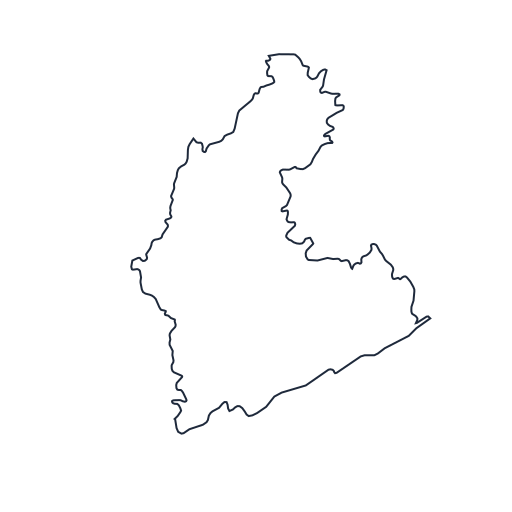 SVG path tracing the border of Rivne, rotated 144°
{"feature_id": "UKR-286", "entity_name": "Rivne", "entity_type": "Region", "adm_level": 1, "iso_a3": "UKR", "parent_name": "Ukraine", "parent_adm1": "", "projection": "natural_earth1", "projection_center": [26.178, 50.971], "detail": "fine", "context": "isolated", "style": "outline", "palette": "slate", "viewbox_px": 512, "rotation_deg": 144, "n_neighbors": 0, "source": "natural_earth", "source_scale": "10m", "svg_char_len": 6147}
<svg xmlns="http://www.w3.org/2000/svg" viewBox="0 0 512 512"><g transform="rotate(144 256 256)"><path d="M151.7,103.1L168.7,103.3L179.3,101.6L206.0,105.7L214.7,105.5L218.5,106.1L226.6,111.9L230.3,113.2L259.4,114.1L260.9,114.7L261.0,115.9L260.6,117.4L260.9,118.9L262.4,120.6L264.2,121.4L291.8,122.0L315.5,130.4L323.8,131.5L336.4,128.0L347.5,128.3L352.6,129.2L356.0,130.8L356.8,133.3L356.5,136.7L356.5,141.0L357.5,144.1L359.3,145.5L361.8,145.8L364.9,145.4L368.6,146.2L368.2,149.0L366.4,152.4L365.7,155.1L367.4,156.4L370.1,156.2L375.1,154.9L382.5,155.9L385.1,155.7L387.9,154.6L391.3,151.6L393.7,150.6L398.1,150.7L411.7,155.0L418.7,155.2L420.7,156.1L422.3,159.5L421.4,163.5L417.3,171.6L417.5,172.0L413.4,172.6L409.1,174.1L407.5,174.9L406.7,177.3L406.2,180.4L406.4,181.8L406.7,182.7L408.6,184.2L409.6,185.6L409.8,186.7L409.3,187.9L408.5,188.0L407.3,187.6L402.2,184.1L401.5,183.2L400.7,181.6L399.2,179.9L397.9,179.6L397.0,180.1L396.6,181.3L395.3,188.4L395.3,190.5L395.6,191.8L397.6,193.3L398.2,194.2L398.0,195.9L396.4,198.5L394.7,199.9L387.0,201.5L386.6,201.8L386.4,202.3L386.6,203.0L390.8,210.2L391.1,212.2L390.5,214.2L388.8,216.8L388.1,217.4L385.3,218.7L384.1,220.0L381.9,225.0L379.2,228.1L378.1,234.9L376.8,236.8L374.4,238.8L372.6,242.5L371.9,243.3L371.2,243.9L368.3,245.1L363.4,246.0L362.3,246.6L361.4,247.6L360.2,250.9L359.2,251.9L359.1,252.4L361.3,255.8L361.9,258.9L362.3,259.7L364.0,261.5L364.0,262.1L363.6,263.0L361.7,264.0L361.4,264.5L362.3,265.9L363.9,267.6L364.5,268.6L364.3,271.4L362.4,280.1L362.7,282.9L363.5,285.2L364.7,287.1L367.6,290.6L368.6,293.3L368.0,296.1L365.1,302.3L364.1,303.7L361.6,306.2L358.8,311.9L358.7,313.2L359.3,314.6L359.9,315.3L363.0,316.9L363.9,317.6L364.2,318.2L363.2,320.7L358.7,325.0L352.7,323.8L351.9,323.4L351.1,322.7L351.1,320.5L350.4,318.4L348.8,317.5L346.8,317.6L346.0,317.8L345.1,318.7L344.0,321.7L343.6,322.1L337.3,324.3L334.3,326.3L332.8,327.8L331.5,328.5L329.6,328.9L328.1,328.6L325.5,327.3L323.0,326.5L322.0,326.5L321.3,326.6L318.9,328.4L310.1,331.5L309.5,332.2L309.0,333.3L309.3,336.5L308.8,337.8L307.5,338.3L303.8,337.1L302.4,337.0L301.6,337.3L301.2,337.8L301.0,339.8L300.7,340.6L300.1,341.5L298.1,343.2L297.6,344.5L297.0,345.5L295.8,346.7L290.3,350.3L290.0,351.4L290.1,352.9L289.5,354.4L282.9,358.4L282.1,359.2L280.2,362.3L279.4,363.0L273.7,366.6L271.1,369.6L268.8,371.4L266.9,372.3L263.9,372.5L260.3,372.0L258.6,372.2L256.7,373.0L253.9,375.2L248.7,381.9L246.5,384.1L243.9,385.5L237.6,387.8L237.3,383.0L236.1,381.5L234.1,380.2L233.7,378.6L234.6,376.3L235.2,375.2L236.6,373.9L237.4,372.3L236.9,370.8L236.2,370.1L235.1,370.2L232.8,372.0L229.1,373.3L227.6,373.4L218.6,370.0L216.4,369.6L214.3,369.9L210.9,371.5L207.9,371.1L204.3,370.0L201.5,369.7L198.4,371.6L186.7,382.1L184.0,383.5L169.2,384.5L167.1,384.9L165.9,385.4L163.3,387.5L162.0,388.1L161.2,388.1L160.6,387.9L159.7,386.8L158.9,386.4L158.4,386.4L157.8,386.6L155.0,388.9L153.3,389.7L152.5,389.7L150.4,388.5L147.2,387.8L144.5,386.8L141.4,386.0L139.9,385.9L138.9,386.1L138.3,387.2L137.6,389.7L137.4,391.1L137.7,392.2L138.1,392.6L140.4,394.4L140.6,395.4L139.5,397.5L138.3,399.0L134.6,400.8L134.2,401.3L133.9,402.5L134.1,404.4L133.9,406.5L133.4,407.9L133.0,408.0L131.4,406.8L129.7,406.5L128.9,406.7L128.4,407.2L128.0,410.4L118.9,405.8L107.1,397.1L105.9,395.8L105.0,391.8L104.8,389.8L105.0,387.0L106.0,383.1L105.9,382.2L103.0,379.0L102.5,378.1L102.5,377.3L106.4,373.9L107.9,372.0L107.9,369.9L107.4,367.6L106.4,365.9L103.9,364.9L102.3,364.8L101.0,365.1L97.6,366.8L94.8,367.3L92.2,367.1L90.5,366.4L89.7,364.8L97.2,358.9L101.4,354.6L102.4,353.9L106.4,352.7L107.1,351.7L107.5,350.9L107.5,350.1L106.9,349.2L104.0,348.5L103.0,347.9L99.8,343.3L98.6,342.1L94.1,339.0L93.4,337.8L93.6,337.3L94.1,337.0L97.9,337.2L99.1,336.8L100.9,334.9L103.1,331.5L102.9,331.1L101.7,330.0L97.4,327.2L97.0,326.4L97.0,325.8L97.3,325.1L98.6,323.7L100.0,323.1L106.5,324.4L116.1,325.2L118.1,324.7L119.4,323.7L120.4,322.1L120.4,320.1L119.7,317.8L118.1,315.4L118.0,314.8L118.1,313.7L118.5,313.2L119.2,312.9L128.2,314.0L130.1,313.6L130.4,313.1L130.3,312.6L129.8,312.2L126.9,310.8L126.5,310.3L126.3,309.6L126.6,308.5L127.5,307.4L127.9,306.6L128.0,305.9L127.3,304.3L127.2,303.7L127.4,302.9L127.9,302.7L131.7,305.2L134.4,306.1L137.5,306.7L138.6,306.6L139.8,306.3L143.6,304.4L147.9,303.1L152.8,301.0L155.5,299.3L158.1,298.2L164.7,298.2L167.0,298.7L168.9,300.2L171.6,303.1L171.6,304.6L171.9,305.0L172.4,305.3L177.4,306.0L178.7,306.5L183.4,310.1L185.1,310.5L186.4,310.4L187.1,310.1L187.6,309.6L188.7,304.2L189.3,303.0L191.5,300.4L191.9,299.2L191.9,297.9L191.2,293.6L191.5,286.8L191.8,285.6L192.5,284.4L193.1,283.8L201.0,279.0L202.4,278.8L206.7,279.3L207.9,278.6L208.6,277.6L208.8,277.2L208.3,276.5L204.6,274.8L204.1,274.5L203.9,273.9L204.3,272.8L205.9,270.8L209.7,267.8L210.0,266.5L210.1,265.2L209.6,264.2L207.9,262.6L205.4,261.0L205.1,260.5L205.1,259.8L205.6,258.6L206.8,257.6L216.8,256.3L219.5,254.8L220.1,254.0L220.3,253.3L219.7,249.7L218.4,247.9L217.5,245.0L215.6,242.2L213.4,240.2L211.3,239.1L209.8,239.2L208.6,239.4L206.9,240.4L205.7,240.7L202.5,239.5L201.5,238.8L202.3,232.5L202.9,232.2L211.8,230.7L214.2,229.0L215.9,226.2L216.2,222.9L215.7,221.8L208.9,216.2L199.3,212.4L195.4,208.2L191.7,205.9L190.9,205.1L190.6,204.6L190.2,202.2L189.7,201.5L185.7,199.8L184.8,199.0L184.1,197.5L184.6,194.5L185.8,191.0L185.9,189.6L185.7,189.1L182.7,191.0L181.4,191.3L179.7,191.3L177.7,190.6L177.0,189.7L176.5,188.7L175.5,188.4L174.4,188.9L172.8,191.4L171.9,192.1L170.7,192.6L169.3,192.6L166.6,191.7L165.0,191.6L161.9,191.9L159.0,193.1L157.9,194.5L156.9,196.8L155.9,197.4L154.2,196.9L153.3,196.1L152.4,194.7L152.2,193.4L153.2,186.7L152.9,183.5L153.1,181.4L153.8,177.3L153.6,175.4L152.0,169.7L152.0,166.4L152.6,164.8L153.3,163.9L156.4,161.6L157.1,160.8L158.1,159.1L158.5,157.3L157.9,156.3L157.4,156.0L154.0,154.8L153.7,154.4L153.2,152.7L152.8,152.4L150.2,152.7L148.6,152.5L147.4,151.9L147.0,151.5L146.5,149.8L146.2,144.6L146.9,138.5L147.6,135.9L148.6,134.4L154.8,127.3L160.1,123.5L161.7,121.5L163.0,119.6L163.6,117.9L163.6,117.3L162.2,113.8L162.0,112.6L162.1,110.7L162.5,110.1L163.3,109.3L166.1,107.7L165.1,107.3L153.7,106.7L152.2,105.9L151.7,103.1Z" fill="none" stroke="#1e293b" stroke-width="2"/></g></svg>